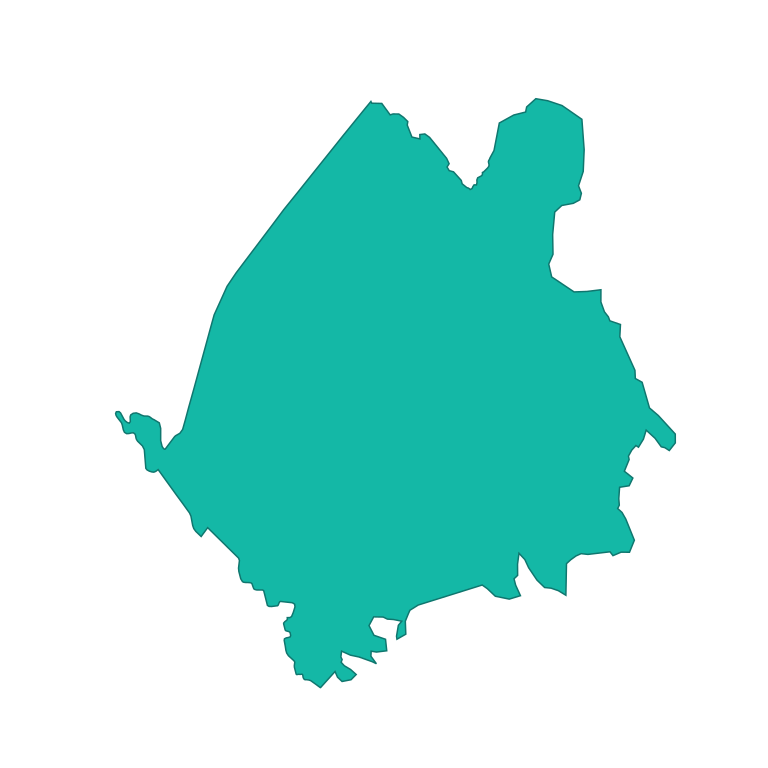 the Region of Pavlodar, rotated 254°
{"feature_id": "KAZ-3205", "entity_name": "Pavlodar", "entity_type": "Region", "adm_level": 1, "iso_a3": "KAZ", "parent_name": "Kazakhstan", "parent_adm1": "", "projection": "robinson", "projection_center": [75.843, 52.234], "detail": "fine", "context": "isolated", "style": "filled", "palette": "teal", "viewbox_px": 768, "rotation_deg": 254, "n_neighbors": 0, "source": "natural_earth", "source_scale": "10m", "svg_char_len": 4167}
<svg xmlns="http://www.w3.org/2000/svg" viewBox="0 0 768 768"><g transform="rotate(254 384 384)"><path d="M427.6,117.8L429.7,117.9L431.1,119.1L430.5,121.7L428.8,122.8L421.4,124.4L419.7,125.2L417.7,126.7L416.6,128.3L417.8,129.8L422.4,130.9L424.1,132.0L425.0,134.8L424.5,137.9L422.9,140.2L421.0,142.2L419.4,144.4L418.3,147.9L417.6,149.1L416.5,150.1L414.2,151.8L413.3,152.9L408.6,157.3L402.9,157.1L391.1,153.7L385.2,153.5L383.4,154.0L381.9,154.9L381.7,155.7L391.2,168.3L391.8,169.7L392.9,174.2L395.8,177.9L403.7,182.8L415.2,189.7L432.4,200.3L449.7,210.8L467.1,221.4L484.4,231.9L497.3,239.8L508.7,249.5L513.4,253.5L521.2,260.1L531.6,272.5L538.0,281.0L548.3,294.7L558.6,308.4L568.9,322.1L579.3,335.8L592.8,355.0L606.5,374.3L620.1,393.5L633.8,412.8L644.2,427.7L654.6,442.6L659.2,449.3L657.3,449.6L654.3,459.2L641.0,464.1L641.1,467.1L639.4,472.7L634.9,476.3L629.7,479.2L626.5,477.7L613.7,478.9L609.7,486.1L613.9,487.2L613.1,492.2L608.5,495.8L583.6,506.4L577.8,507.3L575.2,504.4L571.1,505.5L568.8,509.3L558.4,514.4L554.9,514.3L549.9,517.8L549.2,519.0L547.8,520.2L547.2,520.4L547.6,522.5L549.3,523.9L550.6,525.5L549.9,527.8L552.2,529.0L554.5,529.5L556.4,530.9L557.2,534.8L557.4,535.5L558.1,536.1L558.8,536.6L559.4,536.7L560.2,536.9L560.3,537.2L560.2,537.7L560.5,538.4L563.0,543.0L564.2,544.6L565.6,545.4L568.8,545.6L569.9,546.2L571.0,547.4L571.8,547.9L578.1,554.1L603.1,566.8L606.8,582.9L606.4,595.1L611.0,597.5L616.4,608.6L611.2,619.4L602.6,631.9L583.9,647.2L554.1,641.0L533.4,634.1L520.9,625.6L512.9,626.3L507.1,623.0L505.5,615.8L506.6,604.1L502.2,595.5L481.1,587.3L462.1,582.2L453.9,575.4L440.7,574.7L420.1,592.1L417.0,604.7L414.8,618.5L403.1,615.1L392.6,615.8L386.7,618.2L382.5,618.5L376.0,627.7L364.4,623.7L328.0,629.0L320.0,627.1L314.5,632.6L287.8,632.6L278.1,639.0L255.6,650.2L247.1,647.8L241.4,639.9L245.4,636.4L247.2,633.2L257.1,629.6L267.4,623.3L259.5,618.2L253.1,611.2L255.4,609.2L252.2,604.0L247.3,599.1L243.8,598.8L233.9,591.0L225.0,597.3L218.6,591.6L219.8,582.0L209.1,578.1L202.7,576.8L199.9,574.3L194.9,577.4L187.5,579.2L164.8,581.6L154.6,573.6L157.0,565.6L155.9,556.8L160.4,555.0L164.0,533.0L166.6,526.7L165.8,521.2L163.6,515.1L161.0,509.9L130.8,500.6L137.3,494.6L141.7,488.3L144.1,482.3L153.3,477.0L167.5,472.4L176.4,471.0L184.1,467.1L174.0,462.7L163.2,459.7L160.9,455.3L154.4,455.1L142.9,456.8L142.7,445.1L149.3,432.5L158.8,426.9L163.7,423.0L162.1,356.0L159.4,346.6L156.6,344.2L150.1,339.1L137.5,336.0L135.1,326.1L138.1,326.5L148.1,331.3L151.1,335.7L155.0,328.2L157.1,322.4L160.2,319.0L163.0,309.9L155.9,303.0L145.2,305.1L138.2,315.1L126.8,313.1L128.4,302.9L130.7,298.0L125.9,296.4L117.2,299.6L120.4,296.0L128.5,284.7L132.6,277.0L138.9,269.6L133.5,267.3L130.7,267.8L128.3,266.1L124.1,268.2L118.8,273.2L112.4,277.2L108.8,270.8L109.6,261.7L115.0,258.5L121.1,257.7L109.7,239.4L109.7,239.1L116.5,233.8L118.7,232.1L119.5,231.2L120.3,229.9L121.2,227.8L121.5,226.6L122.1,225.9L123.8,225.4L124.5,225.4L126.7,225.7L127.5,225.4L127.8,224.6L127.9,223.5L128.6,221.6L128.6,220.7L128.8,219.9L129.4,219.6L136.5,219.8L138.1,220.2L141.3,221.6L142.7,221.2L149.2,217.2L152.2,216.3L155.2,216.3L158.9,216.8L165.1,217.4L166.5,218.1L166.9,220.0L166.7,222.3L166.8,224.2L168.1,225.0L171.0,225.2L172.0,224.6L173.8,221.7L174.8,221.2L180.9,221.4L181.8,221.6L182.9,223.2L183.5,224.8L184.3,226.2L186.1,226.6L185.4,229.3L186.0,231.1L189.4,233.8L194.3,237.0L197.0,237.4L199.0,235.6L203.5,224.6L203.4,223.7L202.4,222.7L200.7,221.4L200.2,220.6L201.1,214.6L201.9,212.2L203.3,210.9L218.4,211.4L219.4,210.6L221.1,204.9L222.0,203.3L222.8,202.5L223.9,202.3L228.6,202.0L229.5,201.3L230.3,199.6L231.4,196.1L232.1,194.5L233.0,193.5L236.2,192.6L243.8,192.8L247.1,193.4L254.2,196.4L256.8,196.2L268.8,189.4L280.0,183.1L294.5,174.9L287.8,166.2L294.1,162.5L297.4,161.3L300.7,161.1L310.2,162.0L313.7,161.5L318.4,159.8L324.0,157.8L334.5,153.9L350.9,148.0L364.0,143.3L362.9,140.5L362.7,138.5L363.4,136.7L364.9,134.4L366.8,132.5L368.6,131.8L387.0,135.5L391.1,134.7L396.9,131.4L398.9,130.8L400.3,130.7L403.2,131.0L404.6,130.8L406.2,129.6L406.6,127.5L406.7,125.1L407.2,122.9L409.1,121.2L411.8,120.8L416.9,121.1L419.2,120.9L425.7,118.3L427.6,117.8Z" fill="#14b8a6" stroke="#0f766e" stroke-width="1.5"/></g></svg>